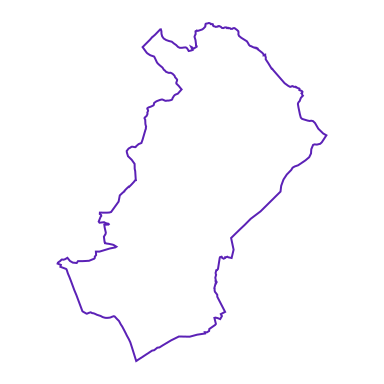 the district of Forotic, Caras-Severin, Romania
{"feature_id": "2599482B22481808364653", "entity_name": "Forotic", "entity_type": "district", "adm_level": 2, "iso_a3": "ROU", "parent_name": "Romania", "parent_adm1": "Caras-Severin", "projection": "albers", "projection_center": [21.553, 45.227], "detail": "fine", "context": "isolated", "style": "outline", "palette": "violet", "viewbox_px": 384, "rotation_deg": 0, "n_neighbors": 0, "source": "geoboundaries", "source_scale": "gbopen_adm2", "svg_char_len": 5829}
<svg xmlns="http://www.w3.org/2000/svg" viewBox="0 0 384 384"><path d="M162.8,345.3L171.2,340.3L178.9,336.5L189.7,336.7L197.1,334.7L205.0,333.5L204.7,332.2L205.3,332.2L206.8,332.4L209.1,331.0L209.3,329.0L215.2,324.9L215.9,323.9L214.4,317.9L215.5,317.6L217.6,318.1L220.2,319.1L221.9,316.1L221.8,315.7L221.2,315.0L220.8,314.1L225.1,311.9L217.3,296.8L217.2,294.7L214.9,291.7L214.6,290.3L214.6,288.5L214.3,288.2L215.6,283.4L215.9,283.6L216.5,282.4L216.3,282.3L216.4,281.5L215.5,280.9L215.8,280.3L215.3,277.7L216.1,274.8L215.8,274.1L215.6,272.9L216.3,270.2L217.1,270.1L217.2,269.9L218.0,268.9L219.7,258.0L220.1,257.1L221.6,256.7L221.9,257.1L222.1,257.8L223.7,258.7L224.4,258.3L225.1,258.0L225.2,257.2L226.2,257.2L226.4,257.1L227.3,256.7L228.3,257.3L231.6,258.0L233.6,249.7L231.1,238.0L240.0,229.3L244.9,224.7L250.7,218.8L260.5,211.4L280.5,191.6L281.2,185.8L283.5,179.5L286.8,174.5L291.2,170.0L292.6,167.7L294.6,166.5L298.1,165.3L305.4,160.4L309.2,157.2L311.0,153.5L311.3,149.2L313.1,144.9L314.5,144.4L316.9,144.6L320.2,143.8L321.8,142.3L326.4,135.3L323.2,133.5L318.3,128.7L315.0,123.0L313.0,121.1L311.1,120.7L309.8,121.0L307.7,120.6L302.1,118.9L300.8,117.6L299.9,114.3L299.2,110.9L298.5,107.6L297.9,104.0L298.0,103.4L298.2,102.9L298.5,102.4L298.8,101.9L299.7,101.0L300.6,98.5L301.0,97.7L302.9,95.7L302.2,94.9L302.1,94.3L302.1,93.4L301.6,93.2L302.5,91.9L302.2,91.4L301.5,90.8L300.3,90.5L299.4,90.1L299.6,89.3L299.5,88.8L299.0,88.4L298.5,88.4L297.9,88.1L297.3,87.7L296.9,87.7L296.1,87.4L296.0,86.9L295.5,86.7L295.0,86.8L294.5,86.9L294.2,86.9L293.3,86.6L292.7,86.1L292.1,86.2L291.3,86.4L290.8,86.8L290.0,86.8L288.3,85.9L284.6,83.2L273.2,70.1L272.2,68.7L271.7,68.8L268.3,63.2L265.7,59.3L265.8,57.2L265.3,56.3L265.2,54.7L263.6,55.3L263.6,54.4L262.4,52.9L259.1,50.3L258.1,49.6L257.8,49.2L257.8,48.6L256.6,47.9L256.2,48.3L255.9,47.9L255.4,47.7L255.2,47.6L254.9,47.8L254.4,47.5L254.1,47.6L252.0,46.7L251.6,46.3L250.2,46.0L248.9,44.8L248.3,43.5L246.9,41.3L241.3,37.8L239.0,35.9L238.4,34.4L238.5,32.3L238.3,31.2L236.7,29.7L235.4,28.8L234.6,28.1L233.7,28.1L233.0,28.3L232.2,28.9L230.8,28.9L230.7,28.7L230.1,28.3L229.7,28.1L228.9,28.3L228.2,27.8L227.7,27.9L227.6,28.1L226.9,28.1L226.6,27.5L225.3,27.4L224.6,27.5L223.6,28.0L223.1,28.1L221.9,27.9L220.8,26.8L219.0,26.0L218.0,26.2L217.8,26.6L215.7,26.9L214.4,26.3L213.6,26.2L213.1,25.7L212.9,25.1L212.9,24.4L212.7,24.1L210.8,24.1L210.7,23.7L210.3,23.6L209.6,23.1L208.7,23.0L207.7,23.4L206.8,23.5L205.7,23.8L205.3,25.2L205.5,25.6L205.2,26.7L203.4,28.6L202.1,29.5L198.7,30.6L197.7,30.9L197.3,30.7L196.8,30.5L196.2,31.1L195.7,31.1L195.5,31.3L195.6,32.5L195.6,34.2L195.0,35.3L194.5,36.8L195.5,40.1L196.0,44.3L196.0,45.5L196.5,45.9L196.7,46.2L196.7,46.7L196.4,46.9L195.8,47.3L195.6,47.4L193.7,48.6L193.4,48.7L192.1,47.4L191.2,46.9L192.1,48.8L192.6,50.0L191.5,50.4L189.4,50.9L188.7,51.0L187.1,48.3L185.8,47.4L184.0,47.5L182.0,47.8L179.8,47.8L178.1,47.0L176.1,45.0L173.8,43.4L171.8,41.7L168.9,41.0L166.1,40.0L163.7,38.5L162.2,36.4L161.5,33.9L161.4,31.2L160.6,28.5L160.6,29.0L155.1,34.7L152.6,36.9L152.4,36.9L149.9,39.8L142.6,47.1L146.6,52.6L147.3,53.3L150.0,55.1L150.7,55.4L154.0,56.5L154.5,57.2L156.8,62.1L157.6,63.3L159.5,65.1L162.4,67.5L162.7,67.9L163.8,69.7L164.3,70.1L164.9,70.5L166.0,71.8L167.5,72.4L168.5,72.8L169.2,72.9L170.3,72.7L171.4,73.1L172.6,73.8L174.3,75.5L174.7,76.1L175.0,77.1L175.3,77.5L176.2,78.5L176.8,79.2L177.1,79.6L177.1,80.1L177.0,80.7L176.3,82.7L176.3,83.1L176.4,83.6L176.6,83.8L178.8,86.0L180.9,88.6L181.6,89.4L177.8,93.7L175.7,94.5L174.8,95.0L174.4,95.4L173.8,96.1L173.1,97.3L172.8,97.7L172.6,98.1L172.2,99.3L172.0,99.6L171.6,99.8L170.9,100.1L169.2,100.5L168.4,100.6L167.1,100.6L166.0,100.8L165.5,100.8L165.1,100.7L162.4,99.5L161.6,99.5L159.8,100.0L156.9,101.1L156.4,101.3L154.6,102.6L154.2,102.9L154.0,103.6L153.9,104.4L153.8,104.9L153.4,105.4L152.2,106.0L150.7,106.7L148.6,107.4L147.5,108.1L147.3,108.4L147.3,108.8L148.0,110.2L148.1,110.8L147.3,112.7L147.3,112.9L147.5,113.6L147.4,114.2L147.2,114.8L146.8,115.3L146.5,116.1L146.2,116.3L144.7,117.6L144.5,118.1L144.6,118.5L144.9,119.1L145.2,119.6L145.4,123.9L145.6,124.9L146.1,126.7L145.9,127.6L145.8,127.9L145.9,128.7L145.9,128.8L145.5,129.6L142.6,139.6L141.4,143.0L138.6,144.1L135.9,146.5L135.8,146.9L135.2,147.2L132.4,146.7L131.5,146.8L130.2,147.7L129.0,148.3L128.5,148.7L126.7,151.0L126.9,152.6L128.0,156.2L131.7,159.8L134.6,163.9L134.6,164.1L134.7,168.8L135.2,171.1L135.7,178.9L135.9,180.2L135.4,180.3L135.3,180.1L133.9,181.9L131.4,184.6L129.1,186.9L128.8,186.6L128.1,187.2L126.7,188.5L124.4,190.9L124.4,191.4L122.9,192.5L119.8,195.4L118.6,201.6L111.1,212.0L109.4,212.5L106.6,212.7L99.9,212.6L99.8,214.0L101.1,215.0L101.3,215.9L100.5,217.0L98.7,221.6L99.5,222.7L104.1,222.2L105.1,222.8L106.6,223.4L108.3,223.7L108.8,224.2L108.4,224.6L104.3,224.7L104.7,227.7L105.8,232.5L105.6,233.9L103.9,236.7L104.6,242.1L105.0,242.4L105.0,243.1L105.6,243.1L105.9,243.4L107.1,243.6L108.7,243.8L112.9,244.7L114.0,245.2L116.4,246.7L115.3,247.4L109.8,248.5L99.5,251.6L95.9,251.6L96.1,255.1L94.8,256.6L94.8,257.9L94.2,258.7L89.0,260.8L83.2,261.1L78.0,261.1L76.7,263.0L72.8,262.6L70.0,261.0L67.4,257.8L65.1,259.2L63.5,259.7L61.9,259.5L61.4,259.8L60.1,261.1L59.0,261.8L57.9,262.7L57.6,263.6L60.9,264.9L60.4,266.8L66.0,268.9L66.4,269.2L66.6,269.6L67.0,270.7L67.9,273.5L69.4,277.0L71.1,281.4L74.3,290.1L76.4,295.1L82.1,310.4L82.4,311.2L82.5,311.3L82.9,311.6L86.6,313.7L86.9,313.7L89.0,312.8L90.7,312.3L92.1,313.1L93.6,313.3L94.9,313.8L97.0,314.8L99.8,315.7L100.5,315.9L102.7,317.1L104.8,317.7L106.1,317.9L107.1,317.9L109.9,317.6L111.1,317.2L112.2,316.7L113.8,316.2L114.7,316.5L116.9,318.9L118.1,320.1L119.0,321.0L120.9,324.6L121.8,325.9L122.3,326.7L124.1,330.1L125.9,333.6L126.8,335.5L128.8,339.1L130.3,342.3L132.2,348.2L136.2,361.0L152.1,350.6L154.2,350.2L157.3,347.7L159.5,347.4L162.8,345.3Z" fill="none" stroke="#5b21b6" stroke-width="2"/></svg>